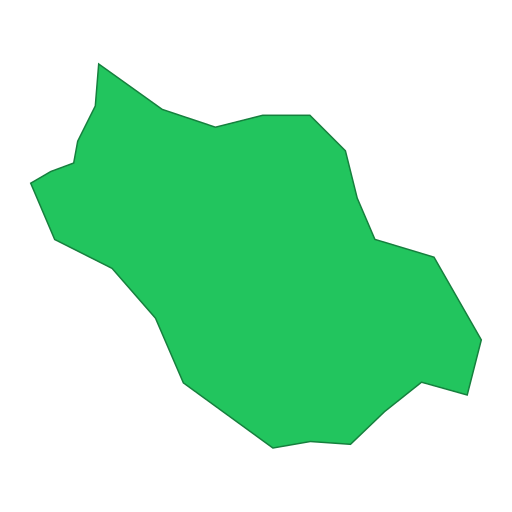 the border of Mitooma
{"feature_id": "UGA-5622", "entity_name": "Mitooma", "entity_type": "District", "adm_level": 1, "iso_a3": "UGA", "parent_name": "Uganda", "parent_adm1": "", "projection": "orthographic", "projection_center": [30.044, -0.633], "detail": "fine", "context": "isolated", "style": "filled", "palette": "green", "viewbox_px": 512, "rotation_deg": 0, "n_neighbors": 0, "source": "natural_earth", "source_scale": "10m", "svg_char_len": 436}
<svg xmlns="http://www.w3.org/2000/svg" viewBox="0 0 512 512"><path d="M467.2,395.0L421.5,382.2L384.7,411.5L350.5,444.3L310.4,441.5L272.9,448.0L183.4,382.9L155.5,318.2L112.1,268.4L54.7,239.5L30.7,183.2L50.8,171.5L73.7,163.0L77.7,141.2L95.3,106.0L98.7,64.0L162.2,109.4L215.4,127.2L262.6,115.3L309.9,115.3L345.4,150.8L357.2,198.1L374.9,239.4L434.0,257.2L481.3,339.9L467.2,395.0Z" fill="#22c55e" stroke="#15803d" stroke-width="1.5"/></svg>